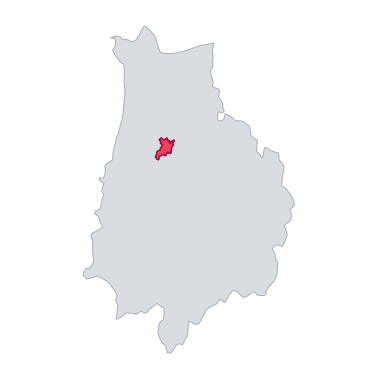 location of Kletsk, Minsk, Belarus, rotated 94°
{"feature_id": "67162791B94687657655016", "entity_name": "Kletsk", "entity_type": "district", "adm_level": 2, "iso_a3": "BLR", "parent_name": "Belarus", "parent_adm1": "Minsk", "projection": "equal_earth", "projection_center": [26.695, 52.952], "detail": "fine", "context": "in_parent", "style": "filled", "palette": "rose", "viewbox_px": 384, "rotation_deg": 94, "n_neighbors": 0, "source": "geoboundaries", "source_scale": "gbopen_adm2", "svg_char_len": 6932}
<svg xmlns="http://www.w3.org/2000/svg" viewBox="0 0 384 384"><g transform="rotate(94 192 192)"><path d="M324.0,258.6L317.5,258.3L309.7,258.4L305.4,260.8L300.6,259.6L297.2,261.0L289.7,267.5L286.7,271.0L284.0,276.4L282.4,280.5L283.4,283.3L284.9,285.9L285.3,288.7L286.1,291.0L284.2,292.6L283.1,294.9L279.9,294.5L275.8,292.3L274.9,289.0L271.7,286.8L269.7,285.6L266.3,285.4L261.0,286.5L254.0,287.3L248.8,287.5L245.9,288.6L241.7,289.8L240.0,288.4L237.6,284.8L235.6,281.2L234.3,279.6L233.1,279.1L231.7,279.2L230.1,280.4L228.9,281.5L224.5,282.9L222.5,284.2L220.5,287.6L219.0,287.3L217.6,286.5L215.8,282.8L213.5,281.9L209.8,281.9L205.2,281.1L201.5,280.0L200.2,280.2L198.0,281.8L195.6,282.1L190.3,280.6L189.3,281.3L186.3,285.4L184.9,285.6L184.1,285.1L184.5,281.5L181.5,280.2L176.3,280.0L172.7,280.6L171.0,280.4L170.1,279.7L165.6,273.7L163.3,273.3L159.1,273.6L153.0,272.9L145.9,271.5L142.0,271.0L139.9,269.7L135.6,269.2L123.8,266.7L119.1,266.3L112.0,266.2L101.3,265.7L94.4,266.0L91.2,266.8L87.5,267.3L74.7,268.0L70.1,268.7L68.8,270.0L67.3,272.7L61.9,277.5L56.8,280.7L55.8,281.0L52.9,279.3L50.4,278.7L47.5,278.5L45.4,279.1L44.0,279.9L44.1,283.6L43.9,283.9L41.7,279.5L41.9,275.5L43.2,273.3L44.8,271.2L44.2,268.2L45.8,264.1L45.9,261.2L45.3,260.0L44.1,258.5L40.8,256.9L39.4,255.6L34.9,254.0L30.5,251.9L29.8,250.6L30.1,249.7L30.9,248.4L34.4,244.5L38.1,240.7L40.5,239.2L53.1,234.4L55.0,232.7L55.6,229.8L55.5,224.1L54.8,218.9L53.9,215.3L51.7,208.5L45.5,194.6L42.0,180.3L44.5,181.1L50.4,181.4L55.1,180.4L57.5,180.3L59.7,180.6L65.8,179.8L67.3,181.1L70.1,182.2L75.5,180.6L80.3,178.6L85.3,178.8L86.0,177.8L87.3,172.7L88.8,171.6L94.8,172.1L97.0,171.2L99.3,168.7L102.8,167.2L105.7,167.2L108.8,165.5L110.3,166.6L111.0,168.7L110.0,170.4L110.4,171.0L112.5,171.9L116.1,171.8L118.4,171.1L119.0,170.2L119.0,168.5L118.4,166.8L116.9,165.4L114.0,164.7L112.0,164.7L111.7,163.8L112.4,161.9L114.2,158.5L116.4,155.3L117.7,154.1L118.0,153.0L117.7,151.1L117.7,147.7L119.7,143.0L122.3,139.4L125.9,138.2L130.2,137.6L132.9,135.9L134.3,134.0L135.4,130.9L136.8,130.3L147.1,130.7L148.7,127.6L149.6,126.8L151.6,125.9L153.0,124.8L152.4,123.9L149.8,123.4L143.6,122.9L142.4,121.9L142.8,120.7L144.4,117.6L146.0,113.5L146.8,110.4L146.9,108.6L147.8,108.1L152.8,107.5L154.5,106.9L158.8,102.6L162.1,101.9L170.6,103.0L174.6,102.9L179.5,103.2L179.9,102.8L181.7,98.6L190.0,91.9L194.5,89.6L197.3,89.1L198.3,89.2L202.9,92.8L203.9,92.9L206.9,91.4L212.1,91.3L214.5,92.5L218.0,96.8L219.8,97.4L224.8,94.9L227.6,94.1L229.5,94.2L239.0,97.5L239.8,98.6L239.8,99.9L238.4,103.8L240.5,106.2L242.8,107.9L247.7,105.2L249.4,104.4L251.4,104.4L254.0,103.4L255.9,101.9L257.7,101.3L261.3,101.7L267.6,101.3L275.0,103.7L275.7,104.4L279.5,107.2L280.8,108.6L282.0,109.1L284.0,110.4L286.7,111.3L288.5,111.0L289.4,111.5L290.3,112.6L290.4,114.4L290.3,119.7L287.7,122.4L287.4,123.4L287.5,124.5L289.7,126.8L292.5,130.4L293.2,132.4L293.3,134.0L289.7,138.5L288.5,139.6L287.7,141.8L287.4,144.1L287.6,145.0L294.0,148.7L298.6,150.6L299.7,151.6L299.8,152.2L297.5,156.1L297.3,157.1L301.0,158.8L303.1,161.3L305.1,165.5L308.7,169.5L322.0,175.4L323.2,176.4L323.6,177.7L323.3,180.5L321.1,185.7L323.4,186.5L329.2,186.3L336.2,186.9L344.8,190.7L344.9,192.3L344.1,193.8L344.7,195.5L345.7,196.8L353.2,201.0L354.0,202.2L354.2,204.2L354.0,205.7L352.0,206.1L349.8,206.8L346.2,208.5L344.8,211.1L339.0,214.6L335.4,216.2L332.4,216.2L325.4,215.5L322.9,213.8L321.8,212.2L319.1,211.5L315.5,211.4L310.6,211.7L309.6,212.2L308.9,214.1L306.9,217.4L305.5,219.3L311.9,225.9L315.2,228.7L316.2,230.3L316.2,231.5L314.8,232.9L315.1,235.7L318.3,239.4L317.3,240.0L317.1,244.6L317.3,249.5L318.2,250.7L319.9,251.7L321.3,253.4L323.8,257.5L324.0,258.6Z" fill="#d9dde1" stroke="#a8b0b8" stroke-width="1"/><path d="M161.6,229.6L161.6,229.2L161.7,228.8L161.8,228.6L161.9,228.3L162.0,227.9L162.1,227.7L161.8,227.5L161.6,227.4L161.3,227.3L160.9,227.3L160.5,227.3L160.3,227.3L160.1,227.4L159.9,227.4L159.6,227.3L159.4,227.1L159.2,227.1L158.8,227.1L158.5,227.0L158.4,226.9L158.4,226.7L158.4,226.3L158.4,226.2L158.1,225.9L157.9,225.8L157.9,225.4L157.9,225.2L157.6,224.9L157.2,224.6L156.9,224.4L156.7,224.1L156.6,223.9L156.5,223.6L156.5,223.4L156.7,223.1L156.9,223.0L157.1,222.8L157.2,222.7L157.2,222.4L157.1,222.2L157.4,222.0L157.6,221.8L157.5,221.6L157.4,221.5L157.3,221.3L157.3,221.2L157.5,220.8L157.5,220.6L157.3,220.5L157.1,220.5L156.7,220.5L156.3,220.4L155.8,220.2L155.4,220.0L154.9,219.9L154.4,219.7L154.1,219.3L154.1,219.1L154.4,218.8L154.6,218.7L154.8,218.5L154.8,218.2L154.7,218.1L154.3,218.1L154.1,218.0L154.1,217.8L154.3,217.8L154.5,217.6L154.6,217.4L154.5,217.2L154.6,216.9L154.7,216.7L154.9,216.4L155.0,216.2L154.9,215.9L154.7,215.8L154.2,215.8L154.1,215.7L153.9,215.7L153.6,215.5L153.4,215.5L153.1,215.7L153.0,215.9L152.8,216.1L152.6,216.1L152.2,216.1L151.9,215.9L151.8,215.6L151.6,215.4L151.2,215.4L150.9,215.5L150.6,215.7L150.4,215.8L150.1,215.8L149.8,215.8L149.1,215.4L148.7,215.2L148.3,214.9L147.8,214.7L147.4,214.6L147.2,214.5L146.9,214.3L146.6,214.0L146.4,213.9L146.1,213.8L146.0,214.0L146.2,214.4L146.1,214.6L145.9,214.7L145.6,214.7L145.3,214.6L145.2,214.4L144.9,214.4L144.6,214.4L144.4,214.5L144.2,214.5L143.8,214.4L143.7,214.1L143.5,213.9L143.5,213.7L143.2,213.6L142.9,213.7L142.7,213.6L142.5,213.4L142.4,213.3L142.2,213.2L141.8,213.3L141.7,213.5L141.4,213.6L141.5,213.9L141.6,214.0L141.8,214.2L142.0,214.4L142.2,214.7L142.5,215.0L143.0,215.3L142.8,215.6L142.8,215.9L143.0,216.3L143.5,216.3L143.9,216.3L144.2,216.3L144.4,216.5L144.5,217.1L144.7,217.4L144.7,217.9L144.6,218.1L144.4,218.3L144.1,218.3L143.8,218.2L143.6,218.0L143.1,217.8L142.8,217.8L142.4,218.0L142.3,218.3L142.5,218.5L142.6,218.9L142.6,219.2L142.5,219.5L142.2,219.8L141.9,219.9L141.6,219.8L141.2,219.8L141.1,220.0L140.9,220.3L140.6,220.4L140.3,220.4L140.0,220.6L139.9,220.9L140.2,221.1L140.5,221.6L140.9,222.2L141.5,222.5L141.7,222.9L141.7,223.2L141.9,223.4L142.2,223.6L142.4,223.7L142.5,224.0L142.3,224.3L141.9,224.4L141.5,224.5L141.2,224.9L141.2,225.2L141.0,225.4L140.6,225.7L140.3,226.0L140.2,226.3L140.2,226.7L140.3,226.8L140.7,227.0L141.1,227.3L141.4,227.3L141.5,227.4L141.6,227.7L141.6,228.0L141.8,228.3L142.1,228.3L142.4,228.1L142.9,227.7L143.7,227.0L143.8,226.7L144.3,226.4L144.6,226.4L144.9,226.7L145.0,226.9L145.5,226.9L146.0,226.5L146.2,226.2L146.4,225.5L146.7,225.0L147.0,224.7L147.3,224.7L147.5,224.9L147.6,225.2L148.0,225.4L148.5,225.5L148.9,225.5L149.2,225.5L149.6,225.8L149.6,226.1L149.7,226.4L149.9,226.4L150.1,226.4L150.3,226.5L151.0,226.5L151.5,226.6L151.9,226.6L152.3,226.6L152.6,227.2L152.6,227.5L152.8,227.7L153.1,228.0L153.3,228.4L153.3,228.6L153.3,228.8L153.5,229.0L153.8,229.2L154.1,229.5L154.4,229.7L154.7,229.8L154.9,229.9L155.3,230.0L155.6,229.9L156.3,229.8L156.7,229.7L157.0,229.8L157.2,230.1L157.3,230.3L157.6,230.4L158.2,230.6L158.5,230.5L159.0,230.6L159.3,230.9L159.7,231.0L159.9,230.8L160.0,230.5L160.1,230.3L160.4,230.0L160.6,229.9L161.0,229.8L161.3,229.6L161.6,229.6L161.6,229.6Z" fill="#f43f5e" stroke="#9f1239" stroke-width="1.5"/></g></svg>